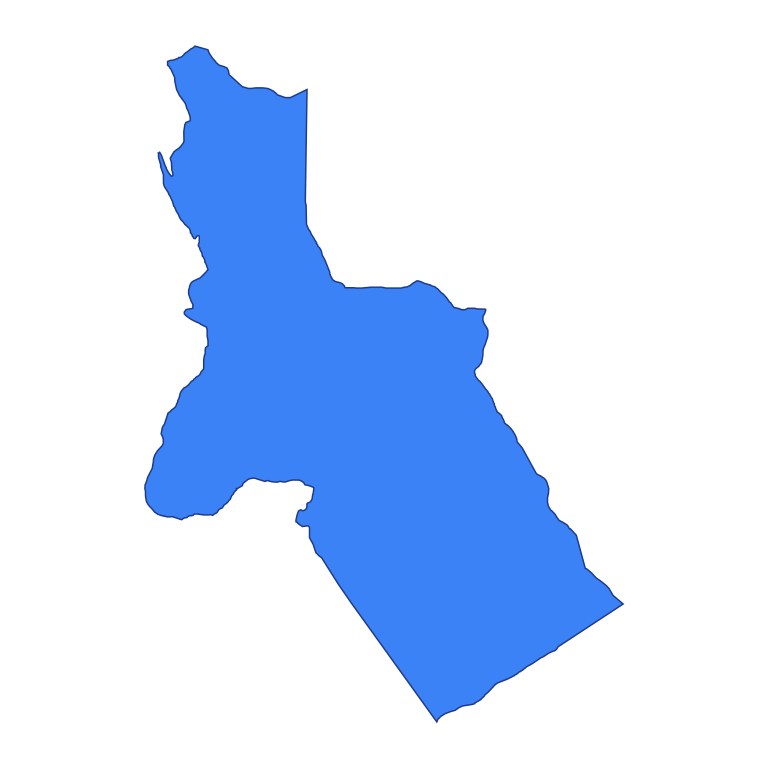 Jimenez, Cartago, Costa Rica (Mercator projection)
{"feature_id": "36466004B31180817365439", "entity_name": "Jimenez", "entity_type": "district", "adm_level": 2, "iso_a3": "CRI", "parent_name": "Costa Rica", "parent_adm1": "Cartago", "projection": "mercator", "projection_center": [-83.723, 9.819], "detail": "fine", "context": "isolated", "style": "filled", "palette": "blue", "viewbox_px": 768, "rotation_deg": 0, "n_neighbors": 0, "source": "geoboundaries", "source_scale": "gbopen_adm2", "svg_char_len": 6071}
<svg xmlns="http://www.w3.org/2000/svg" viewBox="0 0 768 768"><path d="M207.9,49.8L194.9,46.1L193.3,47.7L190.8,49.0L187.3,51.8L185.4,53.0L182.0,56.6L180.0,57.5L178.9,57.5L177.9,58.4L175.0,59.5L172.4,60.3L170.6,60.3L167.6,61.4L167.6,65.2L169.2,66.6L170.1,68.4L170.9,69.1L174.6,77.3L174.9,81.6L176.6,89.5L179.5,95.5L181.2,97.6L181.6,98.6L182.0,98.8L184.9,102.8L185.7,104.4L186.9,108.6L187.8,110.0L190.0,116.3L190.3,120.1L189.9,120.9L186.0,122.4L185.5,123.0L185.5,123.6L184.9,124.5L183.8,131.6L184.0,141.2L183.3,143.0L180.9,146.2L178.3,148.7L176.1,150.0L175.8,150.5L174.1,151.6L170.4,157.9L170.4,159.1L171.2,161.1L171.5,163.3L171.8,169.5L172.9,173.8L172.9,175.6L172.6,176.0L171.1,176.0L168.7,172.9L166.5,169.0L166.3,167.9L165.1,165.5L161.4,155.2L159.8,152.5L159.5,153.2L158.4,152.9L158.6,157.7L160.6,164.5L160.7,166.8L163.4,174.7L163.5,183.8L164.7,187.1L168.4,192.8L168.7,194.2L169.8,195.7L172.3,201.0L173.8,206.2L174.6,207.0L176.5,211.6L178.3,214.2L179.3,216.8L180.8,219.6L183.2,221.9L184.7,224.2L189.2,228.2L190.3,230.5L190.4,232.7L191.9,234.5L192.3,236.1L192.8,236.4L193.7,238.3L195.1,238.7L196.3,237.3L196.3,236.7L197.9,235.6L198.9,235.7L199.3,236.4L199.2,242.5L198.6,243.6L198.3,245.8L199.5,247.5L200.0,249.6L202.0,253.2L202.3,256.0L203.5,257.4L204.8,260.1L204.9,262.3L205.7,263.2L208.0,269.5L205.9,272.2L200.3,277.8L193.1,281.2L191.4,282.6L190.5,284.0L189.5,286.6L189.5,287.7L188.7,289.8L188.6,293.3L188.9,294.9L191.1,301.1L192.9,304.4L192.8,308.4L186.2,309.5L184.3,312.0L184.3,313.8L185.8,315.5L187.6,316.9L190.9,319.2L194.9,321.3L200.0,323.5L200.2,323.9L204.0,326.0L204.6,326.0L206.6,327.4L207.1,329.4L207.2,336.3L208.0,340.7L208.0,345.8L205.7,347.5L205.2,349.6L205.2,354.1L204.6,354.9L203.7,359.8L203.7,367.8L203.4,369.4L201.1,371.9L199.7,374.8L197.5,376.5L197.0,376.5L195.5,377.8L195.0,378.6L194.0,379.1L193.1,380.5L191.3,381.4L188.7,384.7L185.4,387.4L184.3,387.6L181.2,391.2L180.3,393.2L178.9,398.5L177.8,400.5L177.6,402.1L176.4,404.5L176.3,405.5L174.9,407.5L171.2,410.3L170.5,411.4L168.1,413.0L164.3,424.6L163.5,425.3L162.3,427.6L161.2,433.6L161.4,434.6L162.0,435.5L163.2,438.8L163.4,443.1L162.0,445.9L157.4,450.9L154.8,455.1L153.5,459.2L153.3,462.1L152.2,468.4L147.6,477.5L146.6,481.2L145.1,484.9L144.9,488.5L145.5,491.6L145.5,496.0L146.4,501.3L147.7,503.9L149.1,505.8L153.2,510.2L154.4,511.9L157.9,514.3L161.7,515.6L167.6,516.9L172.6,516.7L181.5,519.7L184.1,518.0L187.0,517.5L188.2,516.3L189.3,515.9L192.0,515.6L193.4,515.1L194.0,514.3L194.7,514.0L197.1,514.0L203.7,514.9L208.8,514.9L210.3,514.6L212.8,515.3L214.3,514.0L216.8,512.8L219.1,509.3L222.4,507.8L224.0,505.1L227.4,502.6L229.0,500.4L230.3,499.2L231.6,495.9L233.4,493.8L234.3,492.0L236.7,489.6L236.1,488.6L235.6,488.5L237.5,488.5L242.4,485.6L243.0,483.4L247.9,479.5L249.2,478.9L252.9,478.1L254.3,478.1L264.6,481.3L265.5,481.3L266.4,480.7L268.0,480.7L271.6,481.7L275.7,482.1L278.0,482.0L280.0,481.3L283.4,482.0L285.3,482.0L289.6,480.6L292.8,480.0L299.1,480.1L300.2,480.4L302.9,482.0L303.8,482.8L304.8,484.7L309.1,485.7L313.1,487.2L313.7,487.8L313.7,489.7L313.2,493.1L312.4,496.1L312.2,498.8L310.6,501.5L309.6,502.3L307.7,503.0L306.9,503.9L306.9,506.9L306.6,508.2L305.8,509.2L304.7,510.1L303.0,510.7L302.4,510.7L300.9,509.8L298.9,510.7L298.4,511.3L297.0,515.3L296.2,519.1L295.9,520.4L296.1,522.0L297.3,522.4L298.0,523.5L302.4,526.5L307.9,525.8L309.2,526.9L309.5,527.6L309.5,537.7L313.1,544.2L315.9,552.7L319.2,556.0L321.6,557.7L338.6,584.6L351.6,603.4L436.8,721.9L437.8,719.5L439.2,718.0L440.8,716.4L445.0,713.7L450.8,711.5L455.2,710.3L459.2,707.5L462.7,705.9L470.6,704.7L473.4,704.1L474.8,703.5L474.9,702.9L480.8,699.6L481.8,698.3L484.2,696.2L484.9,694.9L488.2,692.1L496.0,683.8L496.6,683.8L497.4,683.0L508.0,678.8L514.5,675.5L514.7,675.0L516.2,674.4L517.1,673.6L517.6,673.6L518.5,672.4L519.9,671.6L520.5,671.6L521.6,670.5L522.2,670.4L526.7,666.7L533.1,663.1L540.8,657.8L543.4,656.7L547.6,653.8L550.6,652.2L555.3,650.4L555.6,649.9L556.4,649.5L558.1,646.7L623.1,604.0L613.0,595.4L609.1,588.6L606.4,585.7L602.0,582.1L595.9,577.7L591.5,572.9L587.0,569.1L585.3,568.4L576.3,535.3L570.5,528.9L569.4,528.8L568.3,526.6L567.0,524.9L562.9,522.3L559.3,520.5L557.5,518.3L555.0,514.2L551.8,510.8L550.7,510.1L548.4,506.2L547.5,502.4L547.5,497.7L548.5,493.0L548.7,488.4L546.9,482.4L545.7,480.0L544.1,478.3L540.4,475.8L537.4,474.5L536.1,473.2L522.2,447.9L517.1,441.8L516.8,439.1L515.1,434.9L513.4,432.2L513.3,431.7L511.0,428.7L507.4,425.1L506.4,424.6L504.5,422.9L503.9,420.7L501.9,416.8L501.9,416.2L500.8,414.7L498.2,412.5L497.7,412.5L496.8,411.4L496.7,410.3L496.0,409.4L495.1,406.5L494.5,405.7L494.2,403.6L493.4,402.1L492.2,398.5L490.9,396.7L489.7,394.2L488.5,393.1L487.9,391.6L485.7,389.1L481.4,383.1L479.6,381.1L478.6,380.5L475.4,376.1L475.1,374.0L474.6,373.1L474.5,370.9L474.9,369.9L475.9,368.6L478.8,366.3L479.8,364.7L480.7,364.0L481.6,362.0L482.8,356.1L483.1,349.9L483.7,347.7L485.1,344.6L487.6,337.0L487.9,334.8L487.9,330.8L487.7,329.7L486.8,327.8L484.1,323.6L482.8,320.0L483.1,316.0L484.3,314.2L485.1,312.3L485.7,310.2L485.5,309.2L476.4,308.9L475.0,308.3L467.6,308.3L466.5,309.2L464.5,309.7L461.6,309.7L459.1,308.6L454.2,307.5L453.4,306.9L450.6,302.7L449.4,301.8L446.5,297.7L443.1,294.0L441.2,292.7L437.5,288.7L437.0,288.6L434.9,286.8L432.3,286.1L430.4,285.0L423.9,283.2L421.1,281.8L418.5,281.0L416.8,280.9L415.9,281.4L415.0,282.1L413.1,283.1L409.7,285.8L408.6,286.1L407.1,286.9L404.3,287.2L401.1,288.1L386.2,288.1L381.8,287.2L370.9,287.2L361.4,288.1L356.2,288.1L354.6,287.8L345.0,287.7L344.3,285.8L342.4,283.8L339.9,282.6L335.5,281.6L332.7,279.8L330.4,275.5L330.4,274.9L329.9,274.3L329.6,271.8L324.9,260.0L322.2,255.0L321.3,250.9L319.6,247.9L317.8,246.1L317.6,245.0L316.5,243.5L316.5,242.4L315.7,241.6L313.2,237.1L311.3,234.3L310.2,231.4L308.7,229.5L306.5,224.4L306.1,205.3L305.3,201.9L307.0,89.5L290.4,97.6L285.3,97.6L277.5,94.9L275.6,92.9L273.3,91.1L269.1,89.0L267.3,88.4L262.7,87.9L255.7,87.9L251.8,88.4L248.1,88.4L242.3,86.7L229.1,74.7L228.4,70.7L226.9,67.9L223.3,66.4L219.2,65.2L216.0,62.5L215.6,61.6L212.6,58.3L211.4,56.5L209.2,53.2L207.9,49.8Z" fill="#3b82f6" stroke="#1e3a8a" stroke-width="1.5"/></svg>